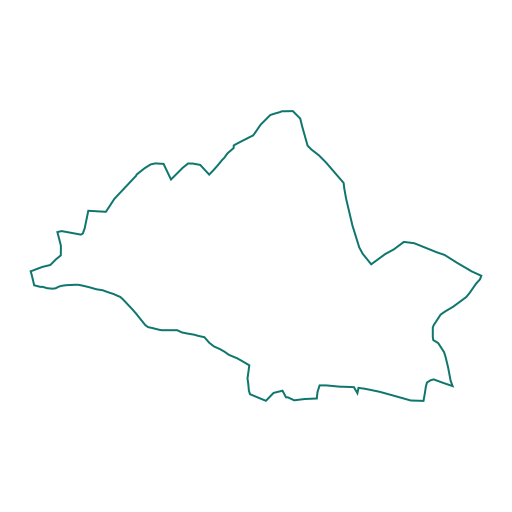 the district of Shaqlawa, Arbil, Iraq
{"feature_id": "34846034B67830474961503", "entity_name": "Shaqlawa", "entity_type": "district", "adm_level": 2, "iso_a3": "IRQ", "parent_name": "Iraq", "parent_adm1": "Arbil", "projection": "orthographic", "projection_center": [44.21, 36.45], "detail": "fine", "context": "isolated", "style": "outline", "palette": "teal", "viewbox_px": 512, "rotation_deg": 0, "n_neighbors": 0, "source": "geoboundaries", "source_scale": "gbopen_adm2", "svg_char_len": 2243}
<svg xmlns="http://www.w3.org/2000/svg" viewBox="0 0 512 512"><path d="M34.2,285.3L40.4,286.9L42.9,286.9L47.1,288.2L52.8,288.7L55.6,288.3L59.1,286.5L62.3,285.7L66.2,285.2L74.3,284.8L78.5,284.8L82.8,285.7L88.8,287.1L96.5,289.3L102.5,290.2L107.1,291.9L113.8,294.1L117.7,295.9L120.1,296.8L122.6,299.0L127.5,304.2L132.5,309.5L136.0,313.5L145.1,324.9L148.0,327.1L152.2,328.0L158.9,329.7L161.7,330.2L177.2,330.2L181.8,332.4L188.2,333.7L193.8,334.6L198.4,335.9L204.4,337.2L209.4,342.9L213.9,346.4L219.9,349.1L224.5,351.7L228.8,354.8L237.2,358.3L241.1,360.5L249.3,365.3L248.6,370.5L247.5,378.4L248.2,383.3L248.9,390.7L250.0,394.2L257.4,397.3L265.9,400.8L273.6,392.9L282.5,390.7L286.0,397.3L287.8,397.3L294.2,400.3L304.8,399.0L316.8,398.5L317.5,392.0L319.6,385.4L326.3,385.4L340.1,386.7L345.1,386.8L352.4,387.1L353.9,387.1L357.4,393.2L358.5,387.9L365.2,388.8L379.7,391.8L393.8,395.7L410.8,400.5L423.5,400.9L424.9,393.0L425.9,386.4L427.0,382.5L430.5,380.3L433.7,379.4L443.2,382.9L452.6,386.1L450.6,380.7L448.1,367.4L445.6,357.1L444.1,352.2L438.2,343.1L433.3,340.1L432.8,337.1L432.8,332.9L432.8,327.4L433.8,325.0L440.6,314.6L444.9,311.6L453.2,306.7L466.4,296.9L469.8,292.7L476.1,283.6L480.0,279.3L481.3,275.8L471.7,271.4L456.9,262.7L444.5,254.9L436.8,252.3L414.2,243.2L411.0,242.8L403.9,241.9L393.8,249.4L385.0,254.2L371.2,264.3L362.7,253.8L359.2,247.3L354.5,232.1L352.5,225.8L346.1,198.7L344.3,188.6L343.6,182.9L334.1,171.9L326.3,162.8L318.9,155.3L311.5,149.6L307.6,145.7L302.3,126.9L300.2,118.5L292.8,111.1L281.7,111.3L280.0,112.1L275.0,113.5L273.7,113.9L270.3,115.0L266.0,119.3L260.6,124.7L256.3,131.0L253.2,135.4L249.3,137.3L240.7,141.7L236.1,144.1L233.7,145.5L233.7,148.0L227.5,153.3L224.4,157.7L222.0,160.1L217.7,165.4L213.8,169.8L209.2,174.6L200.2,164.9L192.4,163.5L188.1,163.5L182.7,167.8L171.0,179.5L167.5,172.2L163.6,163.9L155.4,163.4L150.7,164.4L144.5,168.3L136.7,174.5L136.2,175.5L136.0,175.9L135.9,176.0L135.7,176.2L135.6,176.3L125.8,186.7L114.6,198.6L114.4,198.8L106.1,211.5L105.8,211.8L88.5,210.8L88.3,210.8L88.2,211.2L84.7,228.3L82.9,233.3L82.7,233.6L80.8,234.6L61.7,231.1L59.9,231.5L57.4,232.1L60.9,245.7L60.8,255.4L56.1,259.2L50.3,265.0L42.4,266.9L30.7,271.3L31.9,275.6L34.2,285.3Z" fill="none" stroke="#0f766e" stroke-width="2"/></svg>